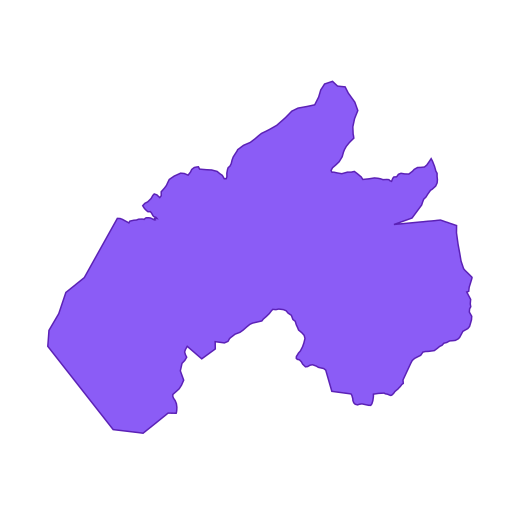 outline of San Martín Itunyoso, Oaxaca, Mexico, rotated 356°
{"feature_id": "50627088B87808414718325", "entity_name": "San Martín Itunyoso", "entity_type": "district", "adm_level": 2, "iso_a3": "MEX", "parent_name": "Mexico", "parent_adm1": "Oaxaca", "projection": "orthographic", "projection_center": [-97.847, 17.222], "detail": "fine", "context": "isolated", "style": "filled", "palette": "violet", "viewbox_px": 512, "rotation_deg": 356, "n_neighbors": 0, "source": "geoboundaries", "source_scale": "gbopen_adm2", "svg_char_len": 4707}
<svg xmlns="http://www.w3.org/2000/svg" viewBox="0 0 512 512"><g transform="rotate(356 256 256)"><path d="M414.3,229.0L424.8,216.7L425.8,214.2L427.2,211.1L429.6,209.1L431.7,206.2L434.7,202.6L436.4,201.7L440.1,198.8L441.8,195.7L442.3,192.6L442.2,189.3L442.4,186.1L441.3,183.8L441.0,182.1L440.3,178.9L438.7,173.8L437.5,171.1L436.0,173.1L432.7,177.2L430.2,179.0L426.5,179.1L423.3,179.0L419.9,180.6L418.0,182.4L414.2,184.9L410.1,184.5L406.4,183.6L403.8,184.4L401.8,186.8L399.0,186.8L397.9,188.0L396.4,191.0L394.9,190.3L393.9,189.1L391.9,188.8L388.0,188.7L385.7,187.7L383.2,187.0L379.6,186.4L373.8,186.9L367.9,187.1L366.5,184.5L362.9,181.0L360.0,178.5L356.8,179.0L353.1,178.7L347.3,179.9L342.8,178.8L339.5,177.8L337.7,177.8L336.8,176.0L338.5,173.3L342.0,170.7L345.5,167.8L348.9,163.0L350.5,158.5L351.7,156.0L353.8,152.8L357.0,149.4L358.8,147.8L361.8,145.3L361.6,142.3L361.4,141.3L361.6,133.9L363.9,125.9L367.7,118.0L365.3,109.4L359.4,99.9L356.7,93.5L349.2,92.2L344.5,87.1L336.4,89.2L334.2,92.2L332.2,94.8L329.6,101.8L325.1,109.3L317.3,110.4L308.2,111.4L301.8,114.0L295.2,119.9L288.3,125.2L285.8,127.1L282.7,128.6L280.6,129.6L278.3,130.7L274.3,132.4L270.0,134.1L266.7,136.4L263.1,139.1L258.2,142.3L251.3,144.7L245.2,148.6L244.3,150.1L242.1,153.0L240.2,155.6L238.8,158.7L237.7,162.2L236.3,164.5L234.4,165.9L233.6,167.8L232.7,171.3L232.5,174.9L231.7,176.8L229.7,176.7L229.0,175.2L228.0,173.2L225.6,171.3L223.1,168.9L217.8,167.1L212.8,166.5L205.8,165.4L204.8,163.0L202.8,163.1L200.6,163.4L197.9,165.2L196.5,167.7L193.9,170.6L190.2,168.7L186.6,168.1L179.9,170.6L174.8,173.6L173.3,176.2L171.6,179.3L169.5,181.8L165.9,185.3L165.7,189.2L164.1,191.0L162.9,189.8L161.4,188.1L158.8,187.0L157.3,188.4L155.4,191.3L151.8,194.4L148.8,195.7L146.5,197.9L147.1,199.1L148.1,200.9L149.8,202.9L151.3,204.3L152.6,204.4L153.6,204.3L154.7,205.7L156.0,208.5L156.7,209.5L157.9,210.1L158.5,210.3L158.9,210.5L159.2,210.8L159.4,211.0L159.8,211.6L159.1,211.4L158.2,211.2L157.7,211.3L157.3,211.7L157.4,212.0L157.6,212.4L158.0,212.9L157.7,213.0L157.3,212.9L156.9,212.8L156.5,212.5L156.0,212.2L155.5,212.0L154.6,211.3L153.9,211.0L153.3,210.7L152.7,210.6L152.3,210.5L151.9,210.4L151.1,210.3L150.3,210.3L149.6,210.2L148.9,210.3L148.3,210.6L146.9,211.7L145.9,211.3L145.3,211.3L144.7,211.2L141.4,211.1L139.2,211.8L136.6,211.8L132.6,212.4L131.5,214.1L128.5,212.2L125.4,210.2L123.0,209.1L122.9,209.1L120.3,208.8L83.2,265.6L63.8,279.1L55.2,299.8L44.3,315.7L42.0,331.6L101.4,419.2L126.6,424.0L131.0,424.9L146.6,414.1L149.6,412.0L157.3,406.6L157.6,406.6L165.4,407.3L165.8,406.2L166.2,404.2L166.5,401.4L166.3,397.8L165.3,394.7L163.8,392.1L163.2,390.2L163.4,388.3L167.2,385.4L170.1,383.1L172.7,379.6L175.2,374.8L172.5,365.3L174.7,357.9L177.7,355.2L179.8,352.1L178.8,349.8L178.1,346.8L179.0,344.5L181.1,341.3L194.7,354.8L208.9,345.9L209.3,338.6L218.4,340.5L222.1,339.2L223.8,336.6L225.0,335.6L226.7,334.5L229.7,332.5L234.7,331.0L238.0,329.0L241.9,326.0L245.2,323.7L247.9,322.7L257.3,321.2L258.9,319.4L262.0,317.1L265.3,314.3L267.4,311.9L269.0,310.4L272.1,310.9L275.0,310.5L279.6,311.4L282.2,312.7L283.3,314.2L284.0,315.2L287.1,317.6L288.4,321.9L290.6,323.9L291.4,327.5L292.6,330.6L293.3,332.8L296.4,335.8L298.5,338.5L299.1,341.7L297.7,346.1L296.1,349.8L293.6,353.9L291.6,355.8L290.3,357.7L289.3,359.0L289.0,360.8L290.0,362.0L292.1,362.6L293.8,364.6L295.0,367.1L296.5,368.8L297.6,370.0L299.8,369.9L302.3,368.7L304.8,368.4L308.6,370.1L310.4,371.4L313.7,372.4L315.7,373.0L317.6,374.7L322.2,396.3L341.1,400.2L341.9,401.7L342.6,405.1L342.6,407.0L343.3,409.3L344.6,410.8L346.9,411.6L348.8,411.1L351.4,410.9L354.1,411.7L358.0,412.8L360.0,413.0L361.3,411.5L362.5,408.4L363.3,404.5L363.5,402.0L368.6,401.6L374.2,401.7L374.9,402.2L376.0,402.7L377.1,402.9L378.1,403.3L379.4,404.0L380.7,404.5L381.6,404.3L382.5,403.7L384.0,402.3L385.0,401.0L386.3,400.0L388.3,398.6L389.7,397.2L390.8,396.3L392.6,394.2L394.0,393.4L394.0,389.9L402.9,373.8L404.6,371.1L407.1,369.2L410.1,367.9L413.3,366.6L415.8,363.5L418.3,363.1L421.5,363.2L424.2,363.0L427.3,362.8L430.4,360.8L432.9,359.0L435.4,358.0L437.3,356.1L440.2,355.6L443.3,354.2L446.4,354.2L448.9,354.1L451.9,352.8L453.4,351.5L457.1,345.6L459.6,344.4L462.2,343.2L464.1,341.2L465.2,338.3L466.5,334.7L467.0,331.2L464.9,326.8L465.4,323.6L466.7,321.6L466.4,318.8L466.8,316.1L467.1,314.3L463.7,306.6L465.7,306.1L466.5,302.0L467.9,298.4L469.8,293.4L470.0,292.3L468.6,290.7L463.4,284.8L462.2,283.1L460.2,275.4L459.4,267.3L458.4,258.5L457.6,246.9L457.9,243.4L458.2,239.6L456.7,239.0L454.4,238.0L451.2,236.7L449.2,235.8L447.6,235.2L445.6,234.3L442.5,233.0L438.7,233.1L437.3,233.2L433.9,233.3L432.4,233.3L430.0,233.3L426.6,233.4L425.3,233.5L423.3,233.5L395.8,234.2L414.3,229.0Z" fill="#8b5cf6" stroke="#5b21b6" stroke-width="1.5"/></g></svg>